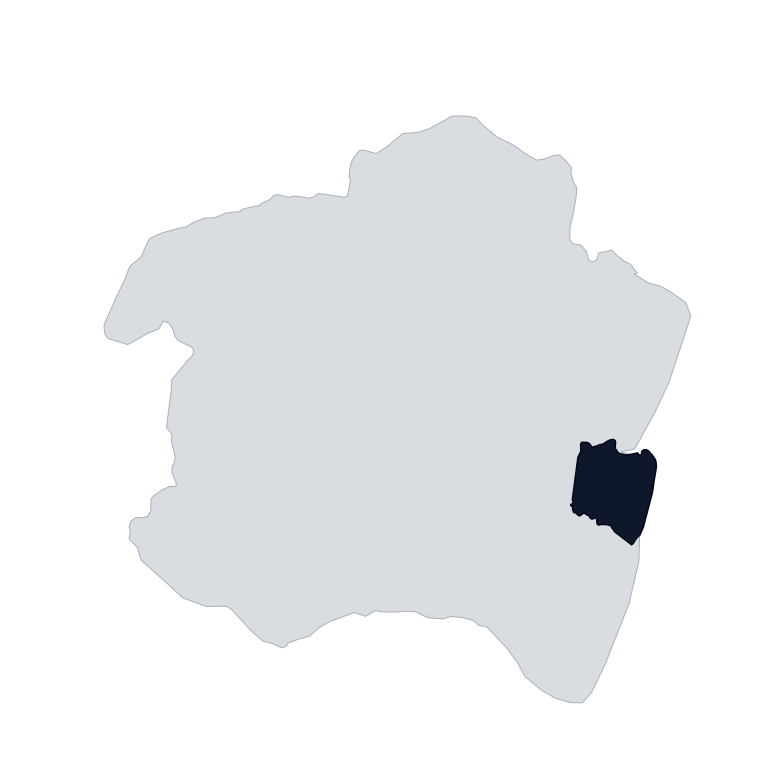 Saramacca highlighted on a map of Suriname, rotated 102°
{"feature_id": "SUR-73", "entity_name": "Saramacca", "entity_type": "District", "adm_level": 1, "iso_a3": "SUR", "parent_name": "Suriname", "parent_adm1": "", "projection": "mercator", "projection_center": [-55.645, 5.696], "detail": "fine", "context": "in_parent", "style": "filled", "palette": "ink", "viewbox_px": 768, "rotation_deg": 102, "n_neighbors": 0, "source": "natural_earth", "source_scale": "10m", "svg_char_len": 3802}
<svg xmlns="http://www.w3.org/2000/svg" viewBox="0 0 768 768"><g transform="rotate(102 384 384)"><path d="M640.6,185.6L629.0,195.3L616.5,209.3L599.9,233.3L600.6,240.8L597.0,246.9L596.1,257.7L597.3,269.7L601.5,277.6L603.5,292.7L600.2,306.2L601.5,314.0L604.9,326.5L607.6,339.8L607.3,345.1L611.3,349.5L615.0,353.7L613.8,365.6L626.9,386.7L634.9,395.9L646.5,404.8L650.8,413.6L657.3,424.1L661.2,425.3L663.4,429.6L661.2,437.7L660.7,449.0L653.4,462.1L636.2,486.2L634.1,491.7L638.6,511.7L636.2,528.0L635.2,535.8L626.8,550.2L606.8,584.9L595.3,591.1L588.4,601.2L583.9,601.3L578.9,602.2L577.3,603.4L571.1,603.3L566.2,598.9L565.4,593.6L562.8,587.6L556.6,585.8L545.0,587.9L541.6,586.4L534.7,580.0L528.9,572.9L527.5,566.2L523.8,566.8L514.9,572.9L508.9,574.2L504.1,572.6L498.8,573.1L485.2,579.6L477.3,581.1L471.6,587.8L434.0,590.8L424.1,592.5L401.7,581.0L395.9,577.3L392.9,576.8L390.4,577.4L388.0,579.9L384.3,594.3L380.9,598.3L375.0,601.4L369.3,607.2L368.2,612.8L377.0,615.8L384.3,626.6L392.3,635.3L398.7,642.9L397.9,651.6L396.8,663.9L392.1,668.0L384.4,670.1L355.9,664.2L334.0,658.9L324.8,657.7L320.7,656.3L315.3,651.9L309.7,647.7L300.9,646.2L290.3,643.4L282.4,632.6L274.4,617.2L271.5,610.3L265.2,603.5L259.0,594.0L257.1,585.5L252.5,577.8L250.0,575.2L246.4,564.6L245.6,560.7L243.8,560.2L241.3,556.8L236.3,545.5L235.2,542.7L233.0,541.7L227.1,533.7L222.5,531.0L220.8,526.9L221.2,515.8L218.7,510.3L217.9,500.0L217.8,495.8L215.4,491.2L211.4,488.2L210.7,480.6L209.7,462.1L207.9,458.8L191.1,459.1L189.4,460.9L182.2,462.0L174.0,462.2L166.7,459.7L160.7,456.4L159.4,452.4L160.3,439.5L150.6,429.8L135.1,417.7L130.5,402.3L124.8,392.8L107.7,372.8L104.7,359.0L104.6,349.3L110.7,340.4L119.0,324.8L122.5,310.6L125.0,303.2L129.4,293.5L133.3,280.9L130.3,273.2L125.2,265.6L123.5,259.9L128.5,251.6L133.4,245.7L139.1,244.9L146.2,241.4L151.8,236.4L160.4,235.0L171.1,234.5L192.9,234.5L204.1,232.3L207.6,228.3L207.1,220.5L212.6,213.5L218.4,210.5L220.8,208.2L221.1,205.6L219.6,203.2L217.3,201.6L211.2,201.1L205.8,188.8L209.5,183.5L214.2,173.7L215.5,168.1L222.8,159.4L224.6,162.1L230.3,146.2L230.9,133.3L235.2,120.6L241.8,105.5L253.8,98.0L323.0,105.6L354.7,112.9L395.4,125.3L401.2,138.6L401.5,125.3L399.5,111.8L410.7,102.3L435.4,99.0L472.4,103.6L504.2,97.9L547.4,98.6L613.1,109.5L642.5,116.9L654.6,123.6L656.9,135.6L655.7,151.1L651.0,165.8L640.6,185.6Z" fill="#d9dde1" stroke="#a8b0b8" stroke-width="1"/><path d="M401.2,141.7L402.2,141.7L402.9,139.5L403.1,137.4L403.0,132.7L402.6,130.3L400.2,125.0L398.7,121.6L400.8,118.9L399.5,117.6L397.8,117.7L396.2,117.8L394.3,116.1L393.8,113.4L394.4,111.3L396.7,108.4L397.6,107.0L399.4,105.1L400.7,103.6L402.8,102.1L405.2,101.2L408.5,100.3L411.8,100.1L424.3,99.6L431.3,99.0L437.0,99.0L470.3,100.6L478.4,102.2L482.2,104.8L484.4,105.8L487.3,106.7L488.3,107.2L489.8,108.4L489.7,108.6L480.8,127.4L477.0,131.5L475.8,132.3L475.4,133.9L475.3,137.2L476.2,142.2L476.9,143.7L477.3,144.6L477.2,145.5L476.6,146.3L475.2,147.0L472.9,147.5L471.3,148.6L471.0,149.5L471.5,150.4L472.2,151.1L472.7,152.0L472.9,153.0L472.5,154.0L471.7,154.9L470.5,155.9L470.1,156.9L469.7,158.9L468.8,160.7L468.9,161.6L469.5,162.6L471.5,164.2L472.2,165.1L472.3,166.0L472.0,166.9L471.4,167.9L470.7,168.8L470.4,169.6L470.2,171.4L469.8,172.1L468.7,172.7L466.7,173.7L465.5,173.6L464.8,174.4L464.5,175.2L464.0,176.0L463.3,176.3L462.3,175.5L461.6,174.8L460.7,174.4L459.6,174.8L458.8,175.4L457.1,175.8L415.3,179.1L409.9,177.7L408.2,177.6L402.0,179.2L400.8,178.9L399.8,178.2L399.5,175.9L399.0,174.2L399.0,172.3L400.0,170.0L401.4,168.7L402.2,167.3L402.3,165.9L400.9,164.4L400.3,162.7L398.5,160.6L397.7,158.0L396.7,156.8L396.2,156.4L392.5,152.5L391.5,150.8L391.0,149.8L390.7,148.8L390.6,147.9L390.9,147.0L391.2,146.2L392.0,145.7L393.2,145.3L397.0,144.8L399.0,144.3L400.9,142.3L401.2,141.7Z" fill="#0f172a" stroke="#020617" stroke-width="1.5"/></g></svg>